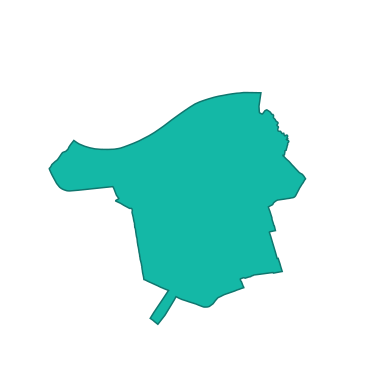 the district of Rat Burana, Bangkok Metropolis, Thailand, rotated 315°
{"feature_id": "78962969B18943250736788", "entity_name": "Rat Burana", "entity_type": "district", "adm_level": 2, "iso_a3": "THA", "parent_name": "Thailand", "parent_adm1": "Bangkok Metropolis", "projection": "robinson", "projection_center": [100.505, 13.674], "detail": "fine", "context": "isolated", "style": "filled", "palette": "teal", "viewbox_px": 384, "rotation_deg": 315, "n_neighbors": 0, "source": "geoboundaries", "source_scale": "gbopen_adm2", "svg_char_len": 5777}
<svg xmlns="http://www.w3.org/2000/svg" viewBox="0 0 384 384"><g transform="rotate(315 192 192)"><path d="M144.9,72.0L139.8,72.6L136.8,73.2L135.0,73.9L134.0,74.1L133.7,74.0L132.9,74.0L132.0,74.0L131.3,73.9L129.0,72.8L128.3,72.6L128.1,72.6L127.0,72.7L121.9,73.7L120.7,73.9L119.7,74.0L118.8,74.0L116.9,73.7L112.3,73.5L111.7,73.7L110.9,74.0L110.6,74.1L109.3,74.4L108.7,74.4L108.2,74.5L107.8,74.4L107.2,75.2L105.6,79.4L104.8,81.8L102.3,90.3L101.9,93.9L101.8,95.0L102.0,96.6L102.3,97.9L102.7,99.1L103.5,100.9L104.4,102.6L105.2,103.6L106.2,104.7L112.7,110.2L120.6,116.6L130.0,124.2L134.3,127.7L139.8,132.2L139.3,134.1L136.3,140.8L135.8,144.0L135.8,144.5L135.7,144.8L135.4,144.9L134.7,144.8L132.2,144.1L131.8,144.3L131.7,144.4L131.7,144.6L133.5,149.5L134.4,153.3L135.9,158.2L136.1,158.9L136.4,159.6L136.7,160.0L137.2,160.3L137.6,160.8L137.6,161.2L137.5,161.6L136.8,162.9L136.3,163.1L135.1,164.1L132.3,168.7L131.6,169.6L131.5,169.9L131.0,170.4L130.9,170.8L130.6,171.1L130.2,171.7L129.4,173.2L129.3,173.4L128.8,173.9L128.6,174.0L128.5,174.3L128.1,174.7L127.2,175.8L126.7,176.2L126.2,177.4L125.4,178.7L123.9,180.6L122.8,182.1L122.4,182.6L120.9,184.7L120.8,185.2L119.1,187.4L117.9,188.8L117.2,189.8L116.0,191.4L114.5,193.8L114.3,194.0L112.9,196.0L112.6,196.3L112.2,196.9L111.7,197.5L111.4,198.1L111.0,198.7L110.3,199.6L109.7,200.4L109.5,200.5L109.2,201.1L108.8,201.7L107.9,202.8L105.8,206.3L105.4,207.0L105.1,207.4L104.4,208.3L103.9,209.3L103.3,209.8L102.0,211.5L101.4,212.4L100.4,213.6L99.2,215.4L98.6,216.4L98.1,217.0L97.9,217.6L97.5,218.0L96.1,219.9L96.7,221.0L97.7,224.1L101.2,233.4L101.6,234.4L101.7,234.9L102.8,238.0L103.0,238.3L103.1,238.5L103.8,240.4L105.8,245.0L99.5,246.3L96.1,247.0L79.8,250.2L73.1,251.8L73.7,255.1L73.8,257.0L74.3,261.4L85.8,260.0L103.4,255.7L105.3,255.1L106.7,254.7L107.8,258.1L108.8,260.7L111.0,265.0L112.1,267.3L115.6,274.0L116.8,276.9L118.6,280.9L119.1,281.8L120.7,283.4L121.4,284.0L121.9,284.4L123.0,285.0L123.4,285.2L127.9,285.9L132.0,285.3L132.8,285.3L134.9,285.1L135.4,285.1L135.9,285.2L136.5,285.4L137.6,285.8L138.6,286.2L139.7,286.5L140.8,286.9L141.6,287.1L143.8,288.1L145.6,289.0L151.6,291.9L152.7,292.4L154.0,292.9L155.5,293.6L156.4,294.1L159.1,295.3L161.0,296.3L161.5,295.3L161.5,294.9L163.6,290.2L163.6,289.5L163.6,289.2L164.5,287.7L165.0,287.6L165.5,288.0L166.2,288.3L166.8,288.5L167.3,288.8L167.6,288.9L167.9,289.1L168.2,289.5L168.5,290.2L168.6,290.4L168.9,290.7L169.2,290.9L169.6,291.0L170.0,291.1L170.3,291.3L170.5,291.5L171.8,292.1L173.6,293.3L173.9,293.4L174.7,293.4L174.9,293.5L175.8,294.1L176.1,294.2L176.5,294.2L176.9,294.4L177.3,294.6L181.4,297.8L190.8,305.0L191.7,305.7L192.3,306.2L192.4,306.4L192.2,306.8L192.3,307.0L196.7,310.0L199.6,312.0L201.8,307.8L203.4,305.0L205.6,300.6L206.0,299.8L205.2,299.2L208.4,293.6L212.6,285.8L216.5,278.6L218.1,275.3L218.3,275.1L218.6,275.0L221.9,277.1L223.7,278.3L225.1,276.0L225.5,275.4L226.0,274.6L226.3,273.9L226.2,273.5L226.3,273.4L227.3,271.7L228.3,269.7L229.3,267.8L229.8,267.3L230.3,266.7L231.1,265.2L231.9,263.6L233.4,260.8L234.4,258.5L235.0,257.3L235.5,256.5L236.8,256.9L239.5,257.8L240.0,257.9L240.4,257.9L241.5,257.5L242.0,257.4L243.1,257.4L244.0,257.5L245.6,257.8L246.8,258.2L252.8,262.7L254.4,263.8L256.2,265.2L257.9,266.3L259.4,267.4L260.0,267.7L260.6,267.9L261.3,268.0L261.8,268.0L262.7,267.9L264.2,267.4L265.5,267.0L270.3,265.5L271.0,265.2L272.2,265.0L275.1,264.3L277.1,264.0L279.9,263.2L281.6,263.0L281.8,262.1L282.3,259.8L282.4,258.8L282.5,257.5L281.9,255.5L281.7,254.4L281.6,254.0L281.6,253.5L281.8,247.5L281.9,245.7L281.9,243.7L282.1,240.9L282.2,239.1L282.2,238.4L282.1,237.5L282.0,235.5L282.0,234.1L282.1,232.1L282.0,231.1L282.0,230.9L282.0,230.7L282.3,230.5L282.4,230.4L282.5,230.5L282.8,230.8L283.1,231.0L283.5,231.1L283.8,231.0L284.4,230.5L285.6,229.7L286.6,228.7L286.8,228.6L288.0,229.0L288.3,229.0L289.5,228.1L290.5,227.7L291.0,227.2L292.8,226.3L293.1,226.2L294.0,225.3L294.1,225.2L294.5,225.1L295.6,225.0L295.9,224.9L296.2,224.7L296.3,224.5L296.4,224.3L296.5,223.9L296.4,223.5L295.9,222.2L295.9,221.7L296.0,221.7L296.3,221.6L296.9,222.0L297.1,222.1L297.3,222.1L297.5,222.0L297.6,221.8L297.6,221.1L297.7,220.9L297.8,220.7L298.1,220.5L298.8,220.4L299.1,220.2L299.3,219.9L299.5,219.5L299.5,219.2L299.1,218.6L298.9,218.5L298.8,218.4L297.6,218.1L297.3,217.8L297.3,217.6L297.3,217.3L297.5,216.9L298.0,216.0L298.3,215.6L298.4,215.4L298.2,215.1L297.1,214.5L297.0,214.4L297.0,214.1L297.5,212.0L297.5,211.7L297.4,211.5L297.0,211.2L296.2,210.2L296.1,209.7L296.2,209.4L296.4,208.9L296.6,208.7L297.1,208.2L297.5,207.9L298.1,207.6L298.5,207.6L298.7,207.4L299.0,207.2L299.2,206.7L299.1,205.5L299.2,205.1L299.3,204.8L299.6,204.6L301.0,204.4L301.3,204.3L301.5,204.1L301.8,203.8L301.8,203.6L301.9,203.3L301.6,201.3L301.6,200.9L301.7,200.7L302.0,199.8L302.1,199.4L302.1,198.9L302.1,197.8L302.1,197.1L302.2,196.9L302.4,196.7L303.2,196.1L303.7,195.6L303.9,195.4L303.9,195.1L304.0,194.3L303.9,194.2L303.6,193.9L303.4,193.6L303.4,193.3L303.4,193.2L303.5,192.4L303.8,191.3L303.8,191.0L303.8,190.7L303.8,190.4L303.1,187.2L303.0,186.9L302.8,186.7L302.3,186.5L301.8,186.3L301.0,186.1L300.4,186.2L297.7,186.6L297.1,186.6L296.8,186.5L296.7,186.3L296.5,186.1L296.3,185.6L295.9,184.2L295.9,183.9L295.9,183.7L296.0,183.3L296.2,183.0L300.0,178.7L310.9,170.6L308.4,168.0L305.7,165.2L302.2,161.6L298.6,158.0L295.5,155.6L293.6,153.9L290.1,151.2L286.4,148.5L282.0,145.5L278.9,143.3L274.7,140.7L269.6,137.9L265.3,135.7L261.1,133.7L256.4,131.9L250.4,130.5L244.3,129.3L239.3,128.4L234.4,127.6L228.8,126.7L223.3,126.0L218.2,125.3L212.6,124.3L207.3,123.3L201.3,121.8L195.7,120.0L190.9,118.5L185.3,116.3L180.5,114.2L175.9,112.1L172.5,110.4L170.5,109.1L167.2,106.7L162.7,102.5L157.8,97.5L153.9,92.9L151.0,88.5L148.5,83.9L146.2,78.4L145.6,76.0L144.9,72.0Z" fill="#14b8a6" stroke="#0f766e" stroke-width="1.5"/></g></svg>